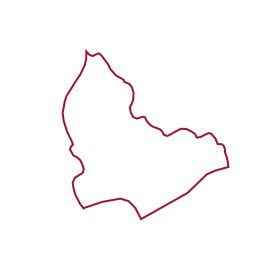 SVG path tracing the border of Resen, rotated 333°
{"feature_id": "MKD-2894", "entity_name": "Resen", "entity_type": "Statistical Region", "adm_level": 1, "iso_a3": "MKD", "parent_name": "North Macedonia", "parent_adm1": "", "projection": "albers", "projection_center": [21.045, 41.032], "detail": "fine", "context": "isolated", "style": "outline", "palette": "rose", "viewbox_px": 256, "rotation_deg": 333, "n_neighbors": 0, "source": "natural_earth", "source_scale": "10m", "svg_char_len": 1267}
<svg xmlns="http://www.w3.org/2000/svg" viewBox="0 0 256 256"><g transform="rotate(333 128 128)"><path d="M98.3,215.1L98.2,202.4L95.3,193.4L89.2,187.5L71.3,182.1L52.2,179.3L51.9,179.4L51.9,179.2L51.3,176.2L50.8,173.3L50.8,168.9L50.8,163.4L52.1,157.0L53.9,151.5L58.1,148.3L63.5,147.7L67.3,147.5L70.1,144.3L70.8,139.1L70.8,134.7L68.8,130.1L66.9,127.7L66.7,123.4L66.7,120.7L68.4,119.0L71.5,117.6L71.9,113.8L72.0,108.8L72.2,102.5L74.0,92.3L76.6,84.8L80.1,80.4L83.8,75.5L88.0,71.4L96.3,66.5L102.4,62.7L109.8,58.7L117.5,52.8L121.9,47.9L125.2,41.8L125.6,40.9L126.7,45.0L129.1,47.9L132.4,47.9L135.9,48.2L137.4,52.0L139.1,61.9L139.1,68.0L141.1,75.5L144.8,81.3L145.9,82.9L145.8,83.0L145.8,85.5L149.1,89.1L149.9,93.5L149.1,98.9L145.5,105.1L141.9,108.4L138.9,110.6L137.6,115.3L137.6,120.7L140.1,123.6L146.4,124.7L147.9,126.0L147.9,130.4L148.8,134.4L150.6,137.9L153.6,141.1L156.1,144.0L156.9,146.9L156.9,150.7L159.6,153.0L163.5,153.0L169.6,152.7L174.7,152.7L179.5,155.3L183.5,160.8L185.0,164.0L185.0,167.8L188.7,169.0L192.5,168.9L197.5,169.2L199.5,170.7L201.1,176.8L200.6,182.9L204.4,185.2L205.2,187.5L204.8,190.7L203.5,193.6L202.7,198.8L201.3,204.4L200.9,205.0L199.8,208.3L186.5,205.6L177.1,205.1L151.5,212.9L98.3,215.1Z" fill="none" stroke="#9f1239" stroke-width="2"/></g></svg>